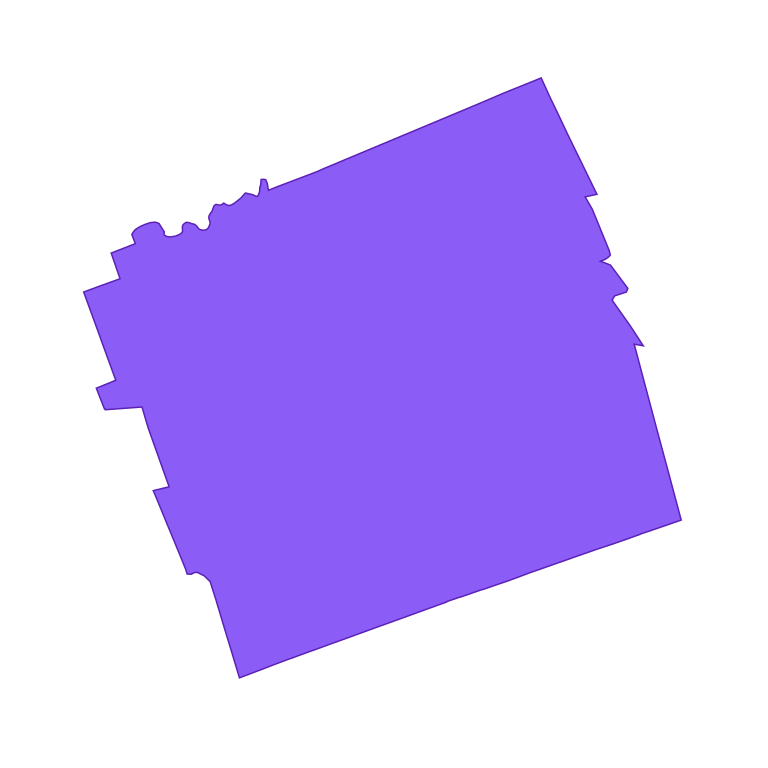 Hualahuises, Nuevo León, Mexico, rotated 158°
{"feature_id": "50627088B9840783039526", "entity_name": "Hualahuises", "entity_type": "district", "adm_level": 2, "iso_a3": "MEX", "parent_name": "Mexico", "parent_adm1": "Nuevo León", "projection": "natural_earth1", "projection_center": [-99.659, 24.884], "detail": "fine", "context": "isolated", "style": "filled", "palette": "violet", "viewbox_px": 768, "rotation_deg": 158, "n_neighbors": 0, "source": "geoboundaries", "source_scale": "gbopen_adm2", "svg_char_len": 2931}
<svg xmlns="http://www.w3.org/2000/svg" viewBox="0 0 768 768"><g transform="rotate(158 384 384)"><path d="M159.4,146.5L153.3,196.0L147.5,243.8L137.1,327.2L129.3,322.3L134.1,346.8L134.2,347.0L141.1,376.2L137.2,379.3L124.8,378.5L122.1,381.3L129.5,409.5L137.3,416.7L132.2,416.7L128.0,417.7L125.8,418.8L125.3,422.9L125.2,423.8L125.4,468.0L127.4,482.2L115.5,480.1L120.2,547.0L121.4,568.5L122.6,586.2L122.8,590.4L123.6,608.9L163.9,608.9L188.8,608.4L359.6,606.3L365.8,606.0L404.8,606.8L405.4,606.8L405.5,606.8L405.8,606.8L408.2,606.9L418.6,606.9L417.1,613.6L417.1,617.6L418.5,618.7L421.3,619.7L422.5,617.2L424.0,614.5L425.7,612.6L426.5,610.5L427.8,608.3L429.5,606.6L430.8,605.4L432.5,606.0L433.3,607.0L434.5,608.5L436.2,609.7L438.1,611.0L440.2,612.5L440.7,612.9L441.3,612.9L446.9,610.1L454.9,607.7L458.7,607.2L460.8,607.5L462.5,608.7L463.6,610.1L464.5,611.4L465.1,611.8L465.9,611.6L466.4,611.3L467.4,611.0L468.9,611.3L470.2,611.9L471.3,612.7L472.4,613.4L474.3,613.2L475.4,612.3L477.6,610.0L478.7,608.6L480.5,607.6L481.5,606.9L483.2,605.5L484.1,604.0L484.5,602.2L484.5,600.9L484.6,599.4L484.8,598.5L485.5,597.6L486.0,596.9L486.9,596.0L487.7,595.2L488.8,594.4L490.3,593.8L491.5,593.7L492.8,593.9L493.9,594.3L494.8,594.8L495.7,595.4L496.6,596.0L497.4,596.9L497.7,597.7L498.1,598.9L498.4,600.4L499.0,601.6L499.9,603.1L501.5,604.2L502.8,605.2L504.0,606.4L505.3,607.3L507.1,608.0L509.3,607.5L511.1,606.6L512.2,605.1L513.1,602.2L513.9,600.7L515.6,599.6L517.7,599.3L521.6,599.2L524.4,599.8L526.9,600.3L530.1,602.1L531.8,604.2L531.7,605.8L530.7,607.2L532.5,617.2L535.5,619.8L540.5,621.2L546.0,621.5L549.8,621.4L552.9,621.1L556.8,620.3L559.1,619.1L561.8,617.1L562.0,607.3L587.9,607.6L589.3,580.5L595.5,580.7L608.8,581.2L621.2,581.6L628.0,581.8L628.8,558.6L629.3,543.5L630.1,523.0L630.1,522.4L630.4,513.9L631.3,488.0L639.3,487.9L652.3,487.9L652.5,470.7L652.5,465.5L652.4,465.4L651.8,465.2L651.8,464.8L651.9,464.5L617.0,453.3L619.1,432.0L621.7,370.0L621.8,369.2L637.9,371.6L637.8,370.2L637.6,337.4L637.5,326.5L637.4,316.3L637.4,309.7L637.3,299.9L637.3,288.4L637.3,286.3L637.7,281.5L633.9,279.8L630.3,280.2L627.6,279.2L622.5,273.4L619.2,265.9L620.6,248.1L620.7,246.4L620.8,245.3L621.3,240.6L621.7,235.7L622.2,230.7L622.5,227.5L622.8,224.4L623.4,217.7L623.7,214.7L625.0,199.6L625.1,198.5L625.1,198.3L625.2,197.3L628.1,165.7L600.2,165.1L599.4,165.1L599.2,165.1L598.3,165.1L592.7,165.0L583.2,164.8L576.9,164.6L569.3,164.3L550.6,163.7L550.1,163.6L534.8,163.1L534.4,163.1L531.5,163.0L522.3,162.6L521.7,162.6L505.3,162.0L504.8,162.0L482.9,161.2L443.1,159.7L431.3,159.3L420.0,158.9L407.4,158.4L407.1,158.7L405.0,158.6L393.6,158.0L393.2,157.8L370.8,156.7L369.5,156.4L356.5,155.8L343.1,155.0L322.4,154.4L320.8,154.4L314.4,154.1L306.5,153.7L294.9,153.2L273.0,152.2L251.0,151.2L232.0,150.0L231.8,149.9L214.0,149.1L202.8,148.7L202.5,148.8L183.0,147.7L175.2,147.3L169.5,147.0L161.3,146.6L159.4,146.5Z" fill="#8b5cf6" stroke="#5b21b6" stroke-width="1.5"/></g></svg>